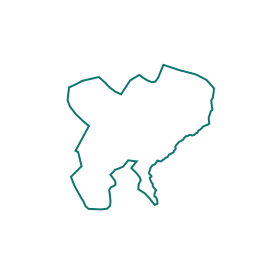 outline of Nkanu West, Enugu, Nigeria, rotated 130°
{"feature_id": "59680162B79793295224635", "entity_name": "Nkanu West", "entity_type": "district", "adm_level": 2, "iso_a3": "NGA", "parent_name": "Nigeria", "parent_adm1": "Enugu", "projection": "orthographic", "projection_center": [7.539, 6.306], "detail": "fine", "context": "isolated", "style": "outline", "palette": "teal", "viewbox_px": 256, "rotation_deg": 130, "n_neighbors": 0, "source": "geoboundaries", "source_scale": "gbopen_adm2", "svg_char_len": 1778}
<svg xmlns="http://www.w3.org/2000/svg" viewBox="0 0 256 256"><g transform="rotate(130 128 128)"><path d="M72.5,68.5L68.3,72.8L61.8,75.3L59.9,75.0L53.5,81.9L50.0,82.6L42.4,87.5L40.7,98.6L43.0,109.2L43.9,111.7L49.4,123.2L49.9,124.0L56.9,141.5L69.8,137.3L74.7,136.8L77.6,139.2L79.1,143.9L79.8,148.5L79.9,151.2L80.1,153.5L90.1,156.9L106.7,155.0L108.4,161.4L108.7,168.1L108.2,172.8L108.0,173.9L107.7,183.1L121.5,193.5L126.9,195.5L134.8,199.2L145.4,192.3L148.9,186.3L151.0,176.5L151.6,166.6L151.6,159.2L179.2,153.5L178.5,150.7L187.1,139.0L202.0,140.3L202.2,140.0L206.4,132.4L206.7,131.8L207.4,130.0L207.5,129.7L212.2,117.4L212.5,115.7L213.2,114.2L213.4,113.9L215.2,110.2L215.3,106.2L209.7,99.0L208.1,96.7L203.2,92.1L199.1,91.8L195.6,94.1L191.6,98.1L187.8,102.4L184.8,103.1L179.9,101.0L178.1,102.2L176.7,104.3L175.1,111.4L174.0,111.3L169.6,110.9L168.7,111.2L166.8,110.1L164.9,109.0L160.7,106.9L152.7,107.1L148.0,99.9L150.3,99.9L156.5,99.6L157.1,92.6L158.2,87.5L159.8,84.7L164.6,83.5L168.3,80.6L167.2,73.0L168.2,65.2L168.6,63.8L169.7,58.2L167.1,56.8L165.4,58.4L163.6,60.7L163.1,62.2L163.3,63.7L162.0,65.1L160.2,65.8L158.4,66.5L157.6,66.5L157.2,69.3L156.7,71.7L154.8,73.2L154.7,74.7L153.0,78.3L152.2,79.3L151.2,79.3L150.2,78.8L149.7,79.2L149.6,80.3L149.4,82.4L148.8,83.2L145.9,84.2L144.5,85.0L143.2,85.2L141.1,85.3L138.6,84.2L135.5,84.3L134.1,84.6L133.3,82.7L132.1,81.0L130.3,80.9L128.7,80.2L126.9,80.1L124.7,79.0L122.7,79.4L122.0,79.5L118.1,77.7L117.1,77.5L116.0,78.2L113.9,77.9L113.0,78.4L111.8,79.8L109.4,80.2L108.0,79.9L106.3,80.1L104.2,79.2L101.7,78.4L99.1,78.5L97.3,78.5L95.6,77.0L94.1,76.6L93.0,75.5L92.6,74.1L90.8,72.8L88.5,72.6L86.7,71.8L85.0,72.3L84.0,72.2L83.2,71.7L81.9,71.6L80.7,71.3L79.1,71.6L74.3,69.2L72.5,68.5Z" fill="none" stroke="#0f766e" stroke-width="2"/></g></svg>